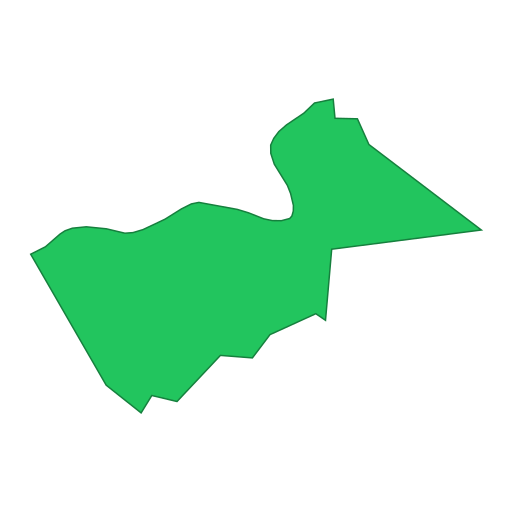 Gallatin, Kentucky, United States of America (Mercator projection)
{"feature_id": "52423323B123232647985", "entity_name": "Gallatin", "entity_type": "district", "adm_level": 2, "iso_a3": "USA", "parent_name": "United States of America", "parent_adm1": "Kentucky", "projection": "mercator", "projection_center": [-84.857, 38.761], "detail": "fine", "context": "isolated", "style": "filled", "palette": "green", "viewbox_px": 512, "rotation_deg": 0, "n_neighbors": 0, "source": "geoboundaries", "source_scale": "gbopen_adm2", "svg_char_len": 725}
<svg xmlns="http://www.w3.org/2000/svg" viewBox="0 0 512 512"><path d="M314.5,103.0L303.8,113.2L286.6,124.8L278.9,131.5L273.8,138.3L270.7,145.1L270.8,153.4L274.3,164.2L287.4,185.4L290.6,193.5L293.4,205.4L293.3,211.1L291.9,216.0L289.7,218.5L281.4,220.7L272.3,220.6L263.7,218.8L248.5,212.8L237.3,209.4L198.9,202.4L191.4,203.9L181.6,208.8L165.0,219.2L143.0,229.6L133.0,232.6L124.9,233.2L106.4,228.8L86.3,226.8L72.3,228.2L65.0,230.8L60.0,234.1L45.4,246.8L30.7,254.2L106.2,385.2L141.1,412.9L151.8,395.5L177.0,401.5L220.4,355.4L252.4,357.9L270.0,334.6L315.8,313.7L325.5,320.3L331.7,249.2L481.3,230.0L453.3,208.7L368.9,144.5L357.4,118.8L335.0,118.3L333.2,99.1L314.5,103.0Z" fill="#22c55e" stroke="#15803d" stroke-width="1.5"/></svg>